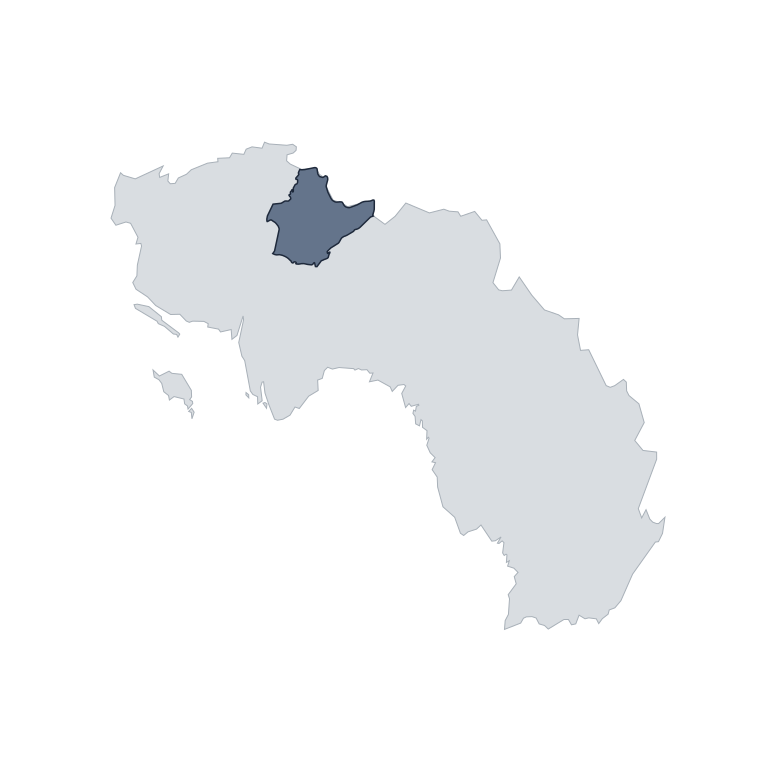 location of Värmland within Sweden, rotated 101°
{"feature_id": "SWE-188", "entity_name": "Värmland", "entity_type": "County", "adm_level": 1, "iso_a3": "SWE", "parent_name": "Sweden", "parent_adm1": "", "projection": "natural_earth1", "projection_center": [13.103, 59.9], "detail": "fine", "context": "in_parent", "style": "filled", "palette": "slate", "viewbox_px": 768, "rotation_deg": 101, "n_neighbors": 0, "source": "natural_earth", "source_scale": "10m", "svg_char_len": 6602}
<svg xmlns="http://www.w3.org/2000/svg" viewBox="0 0 768 768"><g transform="rotate(101 384 384)"><path d="M174.6,517.2L177.5,522.9L183.5,522.2L186.0,518.0L189.1,505.8L185.1,492.1L190.5,487.4L193.9,479.9L202.2,477.7L213.3,469.0L214.3,460.1L216.9,453.6L207.5,433.9L206.8,429.0L221.0,426.5L227.1,413.5L217.3,405.1L202.2,397.1L207.4,372.1L201.0,358.6L201.9,352.9L200.9,344.2L204.7,340.7L197.3,327.9L204.6,319.1L203.3,314.6L224.3,297.0L238.1,293.7L263.7,296.4L269.7,289.4L269.9,285.7L267.5,276.8L253.1,271.7L268.6,255.9L280.7,240.6L282.8,225.8L285.6,219.4L282.4,205.0L298.9,203.4L313.5,197.5L311.3,189.6L343.2,165.6L344.1,161.3L341.6,157.2L333.8,149.8L335.9,146.5L344.5,144.5L348.6,141.3L354.8,130.0L372.2,121.2L391.6,127.1L399.8,117.1L398.8,103.4L405.8,102.0L457.8,110.6L466.3,105.5L457.4,102.8L465.9,97.3L468.3,93.9L469.0,90.0L468.6,87.8L461.2,82.8L477.5,82.1L486.4,84.5L487.4,87.5L523.2,103.7L551.5,110.1L559.7,114.7L562.8,119.8L567.2,120.1L572.7,124.9L578.2,127.5L574.0,130.8L574.5,138.4L576.1,141.9L573.7,148.4L582.9,150.0L584.6,154.0L580.0,158.0L580.8,162.4L593.2,176.0L590.4,180.4L589.9,185.9L584.7,190.0L584.1,194.3L585.4,199.8L587.3,202.4L592.6,204.2L601.9,218.9L593.1,219.9L586.4,217.9L570.9,219.8L567.1,221.9L554.9,216.1L548.2,219.4L543.4,216.5L540.0,221.3L539.2,227.9L533.6,227.3L535.8,229.8L528.3,230.7L527.8,231.7L529.4,233.3L527.2,235.3L516.8,236.0L515.5,238.1L518.6,240.7L518.6,242.3L511.8,239.9L516.6,244.7L517.7,248.2L503.9,261.9L508.8,265.5L513.1,273.3L517.5,276.9L515.9,280.5L501.3,289.2L493.3,302.7L474.9,311.7L465.2,314.0L458.9,320.4L451.4,318.4L451.3,322.1L446.5,319.8L442.7,325.5L436.0,330.3L428.6,329.4L427.8,330.3L430.1,331.6L421.6,332.9L419.2,337.9L412.9,339.3L411.9,340.9L418.3,341.2L417.1,345.3L409.9,347.3L407.3,350.0L404.0,349.9L404.6,347.9L399.8,348.0L398.2,345.7L397.3,346.3L400.7,353.0L398.4,355.7L403.0,358.3L389.9,364.8L381.8,362.3L380.7,364.3L382.6,370.0L389.7,374.5L385.6,377.4L381.3,390.7L384.6,398.7L375.3,396.9L376.1,400.0L373.2,403.5L374.5,408.7L373.7,412.1L375.9,415.2L374.7,416.7L376.4,431.3L379.2,437.5L378.3,442.5L382.2,445.1L390.3,445.7L392.8,449.9L402.9,447.4L410.3,455.6L424.2,462.5L423.6,467.0L432.5,470.3L437.8,476.4L439.9,481.6L439.4,484.7L425.9,493.3L415.6,499.1L404.8,502.6L405.4,504.0L410.7,504.6L423.7,500.4L427.7,504.1L420.6,505.7L419.3,510.7L416.3,513.9L387.6,525.2L383.8,528.8L371.0,534.5L347.7,534.1L344.1,535.3L364.4,537.6L369.2,541.8L359.7,544.4L364.1,554.4L361.7,556.9L361.7,567.9L358.3,568.1L356.9,572.7L358.8,583.8L360.6,586.9L359.9,590.1L354.5,597.7L356.5,606.7L350.5,623.1L343.6,632.7L338.3,645.5L332.3,650.0L325.0,647.2L314.3,648.8L294.8,648.3L292.4,649.5L293.9,654.2L286.9,653.5L274.6,663.4L274.2,668.2L279.3,677.5L273.3,683.6L260.0,682.1L242.6,685.9L226.9,682.9L228.9,679.6L230.1,667.3L212.1,642.4L220.5,644.9L224.0,643.6L218.8,635.5L226.0,634.9L228.2,632.0L226.9,627.3L221.0,625.2L215.8,617.9L210.5,614.1L200.9,599.4L197.5,589.4L194.2,590.3L191.4,578.8L186.3,577.0L185.3,565.4L179.8,564.1L176.4,558.8L175.8,548.7L169.4,547.4L170.3,542.6L168.2,524.9L166.1,519.4L167.9,515.3L171.4,514.9L174.6,517.2ZM446.0,571.6L443.1,572.7L441.5,575.9L436.9,577.5L436.4,587.7L440.7,591.6L436.4,593.3L433.6,598.7L425.8,602.3L422.7,605.8L421.1,610.8L414.3,613.4L419.0,606.0L412.4,597.4L414.0,594.3L413.1,584.4L427.0,571.9L433.4,570.4L436.4,571.8L437.6,568.7L439.7,568.0L446.0,571.6ZM357.2,642.4L353.8,644.5L352.7,641.4L352.9,629.6L360.4,615.4L363.8,614.3L373.0,595.3L374.0,594.0L377.3,595.2L374.9,597.0L375.1,600.3L369.3,610.5L367.8,617.1L365.7,618.7L357.2,642.4ZM448.7,567.7L448.2,570.5L444.6,568.2L447.9,565.0L454.8,565.9L448.7,567.7ZM430.2,494.7L425.9,499.1L424.9,497.3L425.8,495.1L430.2,494.7ZM421.0,517.5L418.7,517.8L420.3,514.8L423.4,514.1L421.0,517.5Z" fill="#d9dde1" stroke="#a8b0b8" stroke-width="1"/><path d="M220.2,427.3L221.0,427.1L221.2,426.6L221.3,426.7L222.3,428.5L222.7,429.1L234.6,437.3L236.1,438.6L236.9,439.7L238.0,441.9L238.2,442.2L238.6,442.5L239.2,442.7L239.7,442.9L240.2,443.3L245.0,448.7L246.2,450.4L246.7,451.4L246.8,451.5L248.2,453.0L248.7,453.4L249.5,453.8L253.4,455.1L254.4,455.6L260.5,462.1L264.2,464.7L265.0,465.0L265.8,464.7L266.3,464.5L266.5,464.3L266.5,464.1L265.5,463.3L265.1,462.9L264.9,462.5L264.9,462.3L265.2,462.2L265.6,462.2L267.4,462.7L270.3,462.9L270.9,463.2L271.4,463.6L272.1,464.6L273.1,466.2L273.3,466.7L274.2,467.7L274.9,469.0L281.6,472.2L281.8,473.7L278.9,475.0L278.3,475.3L278.2,475.6L278.4,475.9L278.8,476.2L280.0,476.7L280.5,477.2L280.9,478.0L281.2,482.0L281.1,485.0L281.2,486.1L281.6,487.9L281.9,488.7L282.3,489.7L282.6,490.6L282.9,492.5L282.8,493.2L282.7,493.5L282.3,493.3L282.0,493.2L281.6,493.4L281.3,493.7L281.1,494.5L281.1,495.0L281.3,495.5L281.7,495.8L282.3,496.2L282.5,496.4L282.6,497.1L282.4,497.5L282.1,498.0L280.9,498.9L280.7,499.2L280.6,499.5L280.4,499.9L279.1,501.8L278.3,503.5L277.7,505.3L277.1,508.0L277.0,509.5L277.0,511.5L277.2,512.1L277.6,513.5L277.8,514.5L277.7,516.3L277.2,518.1L275.0,517.1L274.5,516.9L274.1,516.8L252.7,516.4L251.7,516.5L250.6,517.1L249.2,518.0L248.4,518.9L247.2,520.3L246.4,521.4L245.9,522.4L245.5,523.6L244.7,525.3L244.5,525.9L244.6,526.7L245.1,527.4L246.7,529.3L246.8,529.7L246.4,530.0L245.3,530.3L244.3,530.5L241.2,530.5L228.6,527.2L226.2,519.4L223.6,516.5L223.3,516.1L223.1,515.4L222.8,513.3L222.6,512.7L222.1,512.2L221.5,511.9L221.0,511.5L220.7,511.2L220.2,510.9L219.4,511.0L218.2,511.7L217.5,512.7L217.0,513.2L216.6,513.3L216.1,513.0L215.6,512.3L215.3,512.1L215.0,512.1L214.5,512.2L213.7,512.5L213.1,512.4L212.7,512.1L212.4,511.9L210.9,511.4L210.7,511.1L210.6,510.8L210.8,510.6L211.2,510.5L212.5,510.4L212.8,510.2L212.5,509.8L211.9,509.8L208.9,510.4L208.5,510.3L207.4,509.9L205.6,509.4L205.1,509.1L204.8,508.8L204.3,507.8L203.6,507.5L202.6,507.3L200.6,507.6L199.9,508.0L199.8,508.7L199.9,509.1L199.9,509.4L199.7,509.5L199.3,509.7L199.0,509.8L198.6,509.8L195.5,508.0L194.9,507.8L194.3,507.7L193.8,508.0L193.5,508.2L193.0,508.3L192.6,508.3L190.0,507.7L189.5,507.6L189.5,506.6L189.4,505.6L188.6,502.6L184.9,493.6L184.7,492.7L184.9,491.5L185.5,490.8L190.3,489.1L191.1,488.5L192.5,487.0L192.7,486.7L192.7,485.9L192.9,484.2L192.9,483.5L192.4,482.7L192.2,482.6L191.2,481.7L190.8,481.1L191.1,479.6L191.9,479.0L192.5,478.6L194.3,478.2L199.9,478.6L201.3,478.4L206.4,475.7L211.9,471.5L213.2,470.2L214.1,468.5L214.6,466.6L214.5,465.0L213.6,462.1L213.4,460.6L213.5,459.8L214.0,459.2L215.8,457.7L216.5,457.0L217.1,456.1L217.5,455.0L217.7,453.4L217.6,452.0L217.1,450.8L213.2,444.4L209.6,440.1L208.7,438.3L208.2,436.8L207.4,433.5L206.8,432.0L205.5,430.0L205.4,429.0L206.3,428.4L214.3,426.9L216.3,426.9L220.2,427.3Z" fill="#64748b" stroke="#1e293b" stroke-width="1.5"/></g></svg>